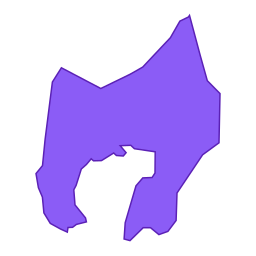 outline of Loga, Dosso, Niger
{"feature_id": "23599985B16490635358595", "entity_name": "Loga", "entity_type": "district", "adm_level": 2, "iso_a3": "NER", "parent_name": "Niger", "parent_adm1": "Dosso", "projection": "equal_earth", "projection_center": [3.398, 13.629], "detail": "fine", "context": "isolated", "style": "filled", "palette": "violet", "viewbox_px": 256, "rotation_deg": 0, "n_neighbors": 0, "source": "geoboundaries", "source_scale": "gbopen_adm2", "svg_char_len": 803}
<svg xmlns="http://www.w3.org/2000/svg" viewBox="0 0 256 256"><path d="M36.0,173.6L38.4,187.7L42.4,197.1L43.9,212.9L50.3,223.4L60.5,229.0L67.3,232.1L68.0,227.5L72.6,227.3L76.4,224.4L86.4,221.9L85.5,217.9L75.0,204.9L73.8,189.8L76.1,185.4L81.3,169.0L86.4,164.5L91.2,158.8L93.5,160.8L101.5,160.6L113.7,153.0L116.4,155.5L123.3,156.0L126.1,152.7L120.2,145.7L130.8,145.3L134.4,148.7L155.2,151.8L155.0,173.0L152.1,177.5L142.8,177.9L136.0,185.8L125.2,222.7L124.1,239.0L130.0,240.6L143.2,227.7L150.5,227.7L158.9,234.6L167.9,231.4L176.1,220.5L177.0,193.0L202.6,154.8L219.0,142.8L220.0,93.6L207.3,80.7L200.1,55.0L189.5,15.4L188.4,17.0L179.9,21.1L170.4,37.7L161.9,46.7L142.7,67.1L130.0,74.3L100.8,88.5L61.4,67.8L52.4,82.0L45.1,139.4L42.5,165.6L36.0,173.6Z" fill="#8b5cf6" stroke="#5b21b6" stroke-width="1.5"/></svg>